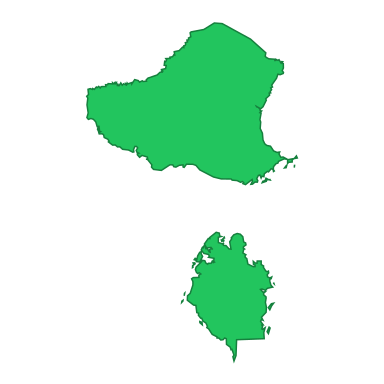 Bombana, Sulawesi Tenggara, Indonesia
{"feature_id": "22746128B28760414544557", "entity_name": "Bombana", "entity_type": "district", "adm_level": 2, "iso_a3": "IDN", "parent_name": "Indonesia", "parent_adm1": "Sulawesi Tenggara", "projection": "mercator", "projection_center": [121.865, -4.925], "detail": "fine", "context": "isolated", "style": "filled", "palette": "green", "viewbox_px": 384, "rotation_deg": 0, "n_neighbors": 0, "source": "geoboundaries", "source_scale": "gbopen_adm2", "svg_char_len": 6011}
<svg xmlns="http://www.w3.org/2000/svg" viewBox="0 0 384 384"><path d="M222.2,23.6L214.3,23.0L203.8,29.5L191.1,31.9L190.1,32.8L190.8,36.8L188.5,38.0L188.6,39.8L186.9,40.1L187.5,41.9L185.3,42.7L185.7,44.1L185.2,45.4L183.8,45.8L183.8,47.6L182.6,47.1L179.2,50.6L174.2,51.7L174.7,55.1L173.8,54.8L172.6,56.7L169.9,57.2L170.1,58.4L165.8,58.6L166.6,59.8L165.6,61.7L164.7,61.3L164.2,65.3L166.2,65.5L165.6,68.6L161.6,69.5L162.7,70.9L161.6,71.1L162.1,72.1L160.0,72.3L157.1,75.0L148.0,78.1L146.2,79.9L146.5,81.2L143.0,81.5L142.3,80.8L139.5,82.1L138.3,80.6L134.7,79.6L131.8,83.9L131.7,82.6L127.7,83.9L127.1,83.0L126.7,84.3L125.8,83.7L126.1,84.9L123.6,83.8L122.2,85.2L120.8,82.9L119.1,85.7L117.4,85.5L118.0,84.3L116.5,83.8L116.5,82.6L115.2,83.8L115.0,82.4L113.6,83.7L112.6,82.8L112.7,83.9L108.1,83.6L107.6,84.7L105.6,84.7L105.9,86.5L101.2,86.6L100.2,88.0L98.7,86.4L97.1,87.7L96.3,87.0L94.3,89.4L92.7,88.5L92.4,89.4L90.3,88.6L88.0,89.3L88.5,94.5L86.7,96.3L87.8,98.1L87.0,104.9L88.2,113.0L86.9,117.6L88.4,119.4L90.9,118.5L93.4,119.3L95.8,121.9L97.2,126.7L98.5,126.8L98.9,125.7L99.6,131.2L100.6,131.7L98.8,132.6L99.2,133.9L102.3,133.8L103.6,134.8L104.2,137.5L107.8,139.2L109.1,141.2L108.4,141.9L112.6,145.1L115.3,145.0L117.5,146.9L119.8,146.8L122.6,149.3L128.5,150.0L132.8,152.2L133.9,151.9L133.5,149.6L134.9,146.4L136.5,146.4L137.7,147.9L136.2,150.4L136.9,152.2L138.9,153.2L137.3,153.8L137.4,154.8L139.6,157.3L142.0,155.4L147.3,157.0L147.7,158.9L146.0,159.2L147.5,159.4L151.8,164.8L151.5,167.1L153.5,169.4L161.4,170.4L169.9,164.8L172.8,164.9L173.8,166.7L175.9,167.1L179.3,165.3L183.0,164.9L183.1,167.0L184.1,167.4L186.5,164.2L192.9,164.3L196.0,165.4L199.8,169.9L213.5,177.0L221.2,178.9L231.1,179.0L232.1,180.1L237.1,180.6L240.6,182.3L242.4,181.5L243.7,182.6L242.9,183.6L245.5,184.6L252.1,179.5L252.5,181.2L250.9,184.3L252.6,184.1L254.9,182.1L257.4,182.1L257.8,180.5L256.7,178.8L258.4,175.4L259.9,175.0L261.1,178.0L261.9,176.2L263.9,176.7L264.3,173.8L267.3,171.4L268.5,171.9L271.2,168.7L273.1,169.5L273.5,171.5L274.3,171.0L273.3,169.5L273.5,166.7L276.0,163.7L277.9,163.1L278.5,161.4L284.1,158.9L287.4,159.3L283.1,157.0L280.8,157.3L279.0,154.0L279.7,152.0L277.0,152.4L273.6,150.9L270.5,146.2L266.7,145.4L264.7,143.7L263.0,140.0L262.4,133.2L260.2,128.5L260.7,122.0L259.9,119.7L261.1,113.1L259.9,112.7L261.6,111.0L260.2,110.7L259.8,108.8L258.2,107.4L256.6,106.8L256.4,106.4L260.7,108.8L263.0,106.8L266.3,100.2L265.7,98.8L269.6,95.2L269.2,93.1L270.7,92.9L270.2,91.4L271.6,89.7L270.7,87.9L272.5,87.0L271.7,85.1L276.5,78.3L277.9,74.2L280.1,74.7L283.2,73.5L283.5,72.4L282.2,70.7L283.4,68.0L283.3,63.6L281.9,63.0L282.7,61.7L281.6,61.6L281.0,63.0L279.0,59.7L278.0,60.4L275.9,59.3L275.8,60.4L274.9,60.5L274.5,59.2L268.8,58.8L266.3,57.4L265.2,56.3L265.8,52.8L250.5,39.1L222.2,23.6ZM264.2,338.7L263.8,332.5L265.1,327.7L262.7,329.4L261.8,328.9L262.6,326.6L261.8,325.1L263.3,325.0L260.6,321.3L261.5,319.5L263.0,320.2L261.5,317.2L266.1,312.3L266.4,307.1L265.4,302.5L266.1,298.2L266.0,296.8L263.6,294.8L263.8,293.0L260.5,289.4L262.0,289.0L265.4,290.3L267.4,288.3L272.7,287.1L271.0,285.3L269.8,281.3L269.8,279.2L271.2,278.7L271.7,277.0L269.8,278.0L267.6,276.9L267.2,274.7L268.7,272.9L268.4,271.1L267.1,271.7L265.7,270.9L263.4,267.3L263.6,266.0L261.2,264.5L261.2,261.0L257.2,261.0L257.0,263.2L255.1,263.0L253.3,261.4L253.5,264.6L255.1,265.0L255.1,266.6L253.2,266.7L247.9,264.1L246.8,258.6L245.2,257.3L245.1,255.5L245.9,254.8L242.9,252.9L243.7,249.3L244.5,249.0L243.3,248.1L243.5,246.7L246.0,244.9L245.6,242.9L243.7,242.0L242.8,236.7L240.3,234.2L237.2,233.5L233.8,234.8L231.2,237.9L231.7,238.8L229.7,241.8L231.0,249.2L229.0,248.9L226.0,245.6L223.7,245.4L223.0,244.5L223.8,242.8L222.7,243.8L218.4,242.6L218.3,237.3L221.2,236.5L219.8,236.1L219.3,233.1L216.2,232.3L209.7,237.5L209.9,238.6L208.3,238.5L204.4,244.0L206.6,247.9L211.0,247.4L212.7,249.5L211.3,248.6L209.6,249.6L210.1,252.2L209.2,251.9L207.4,248.7L205.8,248.7L204.9,245.0L202.6,247.3L204.0,247.9L202.3,247.6L201.2,250.0L203.9,253.4L208.6,254.5L209.4,256.3L208.5,257.3L214.0,258.3L213.7,261.3L214.5,262.1L213.3,262.6L212.3,261.0L211.2,263.3L208.3,263.3L207.7,264.2L205.9,263.1L204.8,260.7L201.7,260.2L201.8,261.4L196.1,267.1L195.4,269.6L196.4,272.3L197.6,273.5L199.3,272.8L200.8,274.0L198.9,275.1L198.9,277.4L193.2,277.6L191.6,278.8L192.9,281.6L192.9,285.0L190.2,293.4L187.5,295.8L187.3,300.2L193.6,305.1L195.9,305.4L196.8,312.6L198.6,313.2L198.4,315.3L200.7,318.2L201.7,318.2L203.0,321.1L205.9,323.0L207.4,326.2L206.8,327.6L208.6,328.8L212.2,334.4L217.0,336.8L217.0,338.0L218.9,338.1L220.8,340.0L223.1,339.7L224.7,338.0L226.3,338.7L226.5,344.4L230.2,347.1L231.0,349.7L231.9,349.3L234.0,355.1L232.9,356.7L234.0,361.0L236.0,355.6L236.6,339.7L264.2,338.7ZM199.7,262.0L202.6,256.5L201.1,253.6L201.2,251.7L199.7,252.3L197.7,255.8L196.3,261.6L199.7,262.0ZM269.8,309.8L271.6,305.9L273.6,303.2L271.4,303.7L268.3,307.6L269.8,309.8ZM293.7,158.6L287.6,159.7L287.6,163.5L288.6,162.3L292.2,162.0L292.2,160.1L293.7,158.6ZM268.4,333.6L270.1,328.0L269.1,327.1L267.1,331.7L268.4,333.6ZM266.0,178.2L265.1,180.6L262.8,181.3L262.2,182.7L266.3,181.3L266.2,180.3L268.4,179.5L266.0,178.2ZM202.3,324.8L202.0,322.3L199.8,321.5L199.9,322.7L202.3,324.8ZM98.8,132.0L98.4,127.3L98.2,127.2L97.5,129.2L98.8,132.0ZM297.3,158.0L296.4,155.9L294.2,158.6L297.3,158.0ZM195.1,263.8L194.6,262.9L193.1,262.9L193.8,264.9L195.1,263.8ZM195.2,258.3L194.2,259.7L196.0,260.3L196.2,258.8L195.2,258.3ZM286.1,167.7L286.9,164.8L284.5,167.9L286.1,167.7ZM193.0,267.3L192.7,264.9L192.5,267.6L193.0,267.3ZM181.7,302.4L182.9,301.1L183.0,300.3L181.9,301.1L181.7,302.4ZM223.3,240.0L222.4,239.9L221.3,240.0L221.7,241.2L222.7,241.0L223.3,240.0ZM184.2,295.8L184.7,293.1L184.5,293.3L184.2,295.8ZM223.3,238.4L224.5,238.0L224.3,237.3L223.3,238.4ZM223.9,240.8L223.5,240.2L222.7,241.7L223.9,240.8ZM294.3,167.6L294.6,165.1L294.5,164.8L294.3,167.6ZM264.2,291.9L264.8,292.2L265.3,291.7L264.2,291.9ZM269.9,179.5L269.1,179.8L270.2,180.0L269.9,179.5ZM273.6,283.3L274.0,283.7L273.7,282.6L273.6,283.3Z" fill="#22c55e" stroke="#15803d" stroke-width="1.5"/></svg>